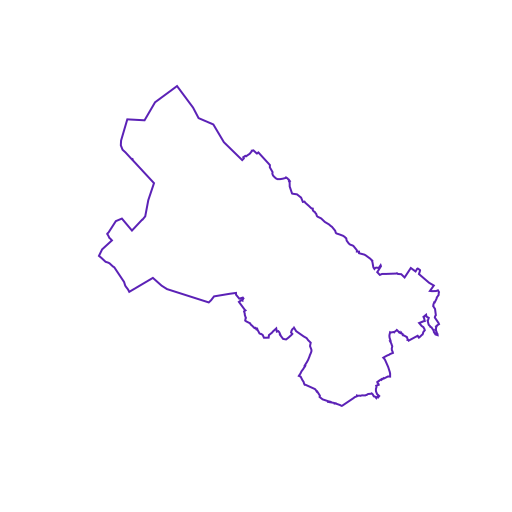 the district of Barneveld, Gelderland, Netherlands, rotated 234°
{"feature_id": "6326949B49000859839667", "entity_name": "Barneveld", "entity_type": "district", "adm_level": 2, "iso_a3": "NLD", "parent_name": "Netherlands", "parent_adm1": "Gelderland", "projection": "mercator", "projection_center": [5.571, 52.171], "detail": "fine", "context": "isolated", "style": "outline", "palette": "violet", "viewbox_px": 512, "rotation_deg": 234, "n_neighbors": 0, "source": "geoboundaries", "source_scale": "gbopen_adm2", "svg_char_len": 5922}
<svg xmlns="http://www.w3.org/2000/svg" viewBox="0 0 512 512"><g transform="rotate(234 256 256)"><path d="M348.4,129.0L345.4,129.8L339.7,130.9L337.7,132.4L336.2,133.2L331.6,134.1L330.2,134.7L312.5,134.0L309.3,132.9L308.1,132.7L304.1,132.8L301.5,132.4L298.9,159.7L287.5,162.2L281.6,164.5L246.2,190.5L246.6,193.6L248.0,198.3L240.9,212.5L237.9,218.1L236.4,217.1L231.3,217.4L230.1,220.9L229.2,220.9L229.2,220.6L228.8,220.3L228.3,219.1L227.9,218.8L228.9,218.2L228.9,215.2L218.9,215.3L218.2,215.5L218.2,213.8L215.7,212.9L215.1,212.4L212.1,211.4L212.0,211.5L211.8,211.4L211.4,210.6L210.1,209.3L208.8,209.7L204.9,211.7L204.3,211.5L203.4,211.5L201.9,211.9L198.6,212.4L198.5,213.1L198.3,213.3L196.5,213.2L196.5,213.8L196.8,214.2L196.7,214.3L194.8,213.7L194.0,213.7L191.3,213.3L190.1,214.0L190.0,214.3L188.3,215.0L185.2,214.4L182.5,218.2L184.4,220.0L184.6,224.0L185.0,225.4L185.5,229.8L182.6,228.4L182.1,229.9L180.5,230.0L177.5,229.3L177.6,229.1L173.0,229.2L170.8,231.3L170.9,234.5L171.2,237.1L171.2,237.7L171.6,239.6L173.5,239.4L174.8,241.0L175.4,242.5L175.5,243.4L175.3,244.0L175.6,244.6L171.6,244.3L162.9,247.3L159.8,248.7L157.2,248.7L153.7,249.3L151.9,247.3L151.2,246.7L147.8,245.8L147.2,245.5L146.4,244.9L145.5,243.7L144.3,241.7L144.2,241.4L143.4,240.4L141.4,237.2L140.2,234.7L139.6,233.1L138.7,231.0L138.2,231.3L137.8,230.6L137.9,230.4L136.7,227.5L136.1,225.4L135.7,224.5L134.8,222.9L133.8,220.2L132.1,221.2L128.4,220.6L126.1,220.5L124.6,219.9L123.3,219.7L123.2,220.0L122.1,220.7L114.2,225.2L113.3,225.6L110.4,225.5L110.4,225.9L105.5,225.6L104.6,224.6L100.9,225.6L96.0,229.1L95.6,228.6L94.8,229.4L95.0,229.7L95.0,230.0L94.2,230.6L93.9,230.2L91.8,232.3L90.2,233.5L90.1,233.3L89.9,233.6L90.1,233.8L89.9,234.0L89.6,233.9L86.0,236.4L84.5,237.1L84.3,237.4L84.2,238.0L83.7,251.6L83.8,252.8L83.2,255.2L83.8,255.7L83.1,256.2L82.0,257.9L81.5,258.3L81.2,259.3L80.7,260.2L79.0,262.4L78.9,263.1L78.5,263.9L78.6,264.7L78.4,265.7L76.9,268.2L76.9,268.8L75.6,269.1L73.2,268.8L72.9,269.2L72.1,269.7L70.4,269.8L70.8,270.5L70.9,270.8L70.9,271.1L70.9,271.3L69.8,271.6L70.3,273.4L73.2,272.8L75.9,273.5L76.6,273.9L78.0,274.9L79.2,276.5L80.4,277.0L79.7,279.6L80.6,279.9L82.1,279.7L82.8,280.1L82.6,281.8L82.8,281.9L82.6,284.7L82.6,285.0L82.1,284.9L82.2,286.2L82.2,287.4L81.7,287.4L81.0,291.9L79.6,293.6L81.9,295.3L83.4,296.0L88.5,297.7L95.9,299.3L96.9,299.4L98.9,299.2L98.7,301.3L98.4,303.6L97.9,305.6L97.8,306.1L97.9,306.8L97.1,309.8L98.4,310.3L100.0,310.6L101.4,311.5L102.9,313.2L104.6,313.6L104.8,313.8L106.2,314.1L108.4,314.4L108.2,315.0L111.3,316.0L112.9,316.9L113.7,317.6L115.5,319.7L114.9,320.0L113.6,322.7L113.1,322.9L113.2,323.1L113.2,323.6L113.2,325.8L113.4,326.4L113.1,326.5L112.8,326.6L112.5,326.5L111.1,326.9L110.1,326.8L109.8,327.1L109.8,327.5L109.4,327.3L108.5,327.9L108.5,328.3L108.3,328.2L108.2,327.9L107.4,328.5L106.9,328.5L106.7,328.7L106.1,328.3L105.6,328.3L105.5,328.6L105.1,328.6L104.6,329.1L104.0,329.3L103.1,329.8L102.4,330.1L101.8,330.1L101.6,330.4L99.7,329.8L99.1,329.8L99.1,329.5L99.0,329.3L98.2,329.9L97.8,329.8L96.5,339.6L96.2,339.5L96.1,339.9L94.2,339.8L94.2,340.6L94.7,344.1L94.6,344.6L95.2,345.6L95.8,346.2L96.4,347.3L96.4,347.9L96.6,348.3L96.7,348.9L97.8,349.3L100.1,349.6L101.9,348.9L105.9,348.6L105.2,351.5L105.1,351.4L104.7,353.2L104.2,354.3L106.5,355.3L107.8,355.6L107.9,356.0L108.3,355.9L108.5,359.1L106.8,358.3L104.4,359.4L102.8,357.2L102.9,356.9L98.9,355.3L96.8,355.6L96.2,355.4L95.2,356.0L91.9,355.9L90.3,355.5L89.9,355.2L87.0,355.1L85.2,356.4L86.2,357.0L87.7,357.1L88.0,357.3L88.2,357.1L90.1,358.0L90.4,357.8L90.7,358.0L91.1,358.0L91.1,358.7L92.4,359.7L92.4,359.8L92.8,360.6L93.1,360.5L93.1,360.9L93.4,361.1L93.3,364.0L94.8,364.3L101.1,364.5L101.7,365.1L102.2,366.0L102.4,366.7L107.9,369.7L111.4,369.9L111.7,370.5L112.5,371.0L113.6,372.7L113.8,373.0L113.4,373.3L115.4,377.1L116.2,377.9L116.6,379.3L116.8,379.7L117.1,380.8L118.8,382.2L119.2,382.8L121.3,383.0L121.8,381.1L124.1,377.7L125.5,376.2L127.6,382.5L132.6,380.3L145.6,377.2L147.8,380.2L148.3,380.4L150.8,379.5L150.9,378.8L149.7,376.0L155.3,374.2L151.3,363.6L155.9,362.8L158.1,360.2L158.9,360.1L159.2,359.8L159.1,359.6L159.2,359.4L164.7,351.2L167.2,347.7L167.6,346.8L167.6,346.5L167.9,345.1L169.2,344.9L171.7,344.6L172.4,346.5L174.3,351.1L175.3,351.4L174.6,349.5L174.4,348.8L174.4,348.4L174.6,347.8L175.8,346.6L176.1,346.0L176.2,345.2L175.9,344.2L177.0,344.2L178.1,344.4L182.6,346.6L183.9,347.0L183.9,347.3L184.2,347.3L184.3,347.1L186.5,346.9L192.1,345.1L193.4,344.5L197.7,341.0L198.1,341.2L199.0,341.9L200.3,340.2L201.0,340.8L201.6,341.0L206.9,340.7L207.8,340.3L209.8,338.9L210.7,338.6L211.8,338.4L215.1,338.4L215.9,338.7L217.2,339.4L217.5,339.4L218.1,339.1L219.3,339.0L221.2,338.3L224.4,336.2L226.6,334.6L227.1,334.3L227.9,334.2L229.9,334.9L235.0,334.6L236.4,334.1L238.7,333.6L243.1,331.7L248.1,330.8L251.7,328.9L252.7,328.8L254.8,329.5L255.5,329.3L256.8,329.5L257.7,329.1L259.3,328.8L260.4,329.3L260.7,329.7L261.0,329.8L261.6,329.1L262.6,328.7L265.5,328.2L269.9,327.2L271.5,327.2L272.2,325.7L276.7,326.8L281.8,325.4L284.7,322.4L285.4,321.9L292.4,324.1L295.7,326.4L296.8,326.6L296.7,327.4L297.9,327.4L298.2,327.4L298.2,327.2L300.2,327.1L301.8,326.5L301.6,326.2L302.8,323.1L303.9,320.9L305.6,318.5L307.2,317.7L309.9,317.2L311.2,317.1L313.0,317.6L314.1,318.7L319.6,319.3L321.4,320.7L338.4,318.8L338.4,318.7L338.3,317.1L338.4,316.9L343.0,316.0L343.5,314.9L343.4,314.9L342.7,312.0L342.5,311.7L342.4,310.5L342.5,308.5L342.5,306.5L343.3,306.2L343.4,303.8L342.9,303.8L342.1,303.5L341.7,301.2L366.9,296.9L387.5,298.8L401.3,290.6L413.0,292.3L439.9,292.0L439.7,264.7L431.3,245.6L442.2,232.2L428.7,214.7L425.0,211.7L420.4,210.5L416.6,211.3L407.1,212.4L407.0,213.1L406.9,213.1L406.7,212.5L374.9,216.3L364.5,201.7L353.2,189.7L352.1,185.5L352.1,185.4L352.3,185.2L349.5,170.6L365.1,169.5L366.6,163.1L361.7,150.5L361.5,148.8L361.3,148.6L359.5,148.5L356.8,148.0L355.8,148.3L353.3,148.6L351.8,135.4L348.4,129.0Z" fill="none" stroke="#5b21b6" stroke-width="2"/></g></svg>